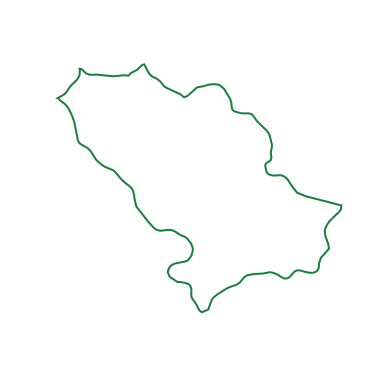 an SVG outline of Moquegua, rotated 101°
{"feature_id": "PER-574", "entity_name": "Moquegua", "entity_type": "Department", "adm_level": 1, "iso_a3": "PER", "parent_name": "Peru", "parent_adm1": "", "projection": "orthographic", "projection_center": [-70.819, -16.889], "detail": "fine", "context": "isolated", "style": "outline", "palette": "green", "viewbox_px": 384, "rotation_deg": 101, "n_neighbors": 0, "source": "natural_earth", "source_scale": "10m", "svg_char_len": 2714}
<svg xmlns="http://www.w3.org/2000/svg" viewBox="0 0 384 384"><g transform="rotate(101 192 192)"><path d="M125.4,341.6L121.0,336.5L118.6,334.7L110.9,331.3L105.1,327.2L101.8,325.4L98.4,324.7L93.2,325.4L92.5,325.8L92.4,324.1L93.4,322.2L95.7,318.9L96.4,315.1L95.9,311.8L95.0,308.5L93.5,291.9L92.8,288.8L90.6,282.2L89.9,276.6L89.2,275.9L88.2,275.6L87.0,274.8L82.6,269.2L77.0,265.3L76.6,264.8L75.9,263.1L81.7,258.6L84.4,256.1L86.2,253.2L87.6,248.1L89.2,244.8L93.5,239.4L94.1,238.2L94.7,236.7L98.3,222.0L99.1,220.5L99.9,219.1L100.5,217.9L99.4,215.9L98.1,214.4L88.4,207.0L86.2,201.5L83.2,195.5L82.2,191.9L81.6,188.4L81.7,186.7L82.1,184.7L83.7,181.8L85.1,179.8L93.1,172.5L96.7,170.5L102.0,168.9L103.4,168.0L104.4,166.6L104.9,164.5L105.3,159.7L105.2,157.8L103.9,150.3L104.3,148.3L105.4,146.5L110.4,141.4L117.7,130.1L120.4,127.4L122.2,126.3L130.2,122.6L131.8,122.2L137.2,122.2L139.1,121.9L142.5,120.8L144.1,120.6L145.7,120.9L147.0,121.8L149.1,124.2L150.3,125.0L151.6,125.3L152.5,125.0L158.0,122.7L159.4,121.4L160.2,119.6L160.4,116.4L160.1,114.2L158.7,108.8L158.6,107.4L158.8,105.9L159.3,104.1L160.5,102.0L161.6,100.4L168.6,93.5L172.7,88.5L174.5,79.0L176.7,42.9L180.2,42.4L183.6,43.9L185.0,44.8L185.3,45.2L194.4,51.5L198.4,53.2L202.6,54.3L205.5,54.2L210.3,52.5L212.3,51.1L214.8,49.8L216.5,48.5L221.6,46.7L231.7,52.8L237.7,53.7L240.2,53.2L243.4,53.2L245.6,54.2L247.3,56.1L248.3,58.3L248.8,60.8L248.8,65.9L248.4,71.3L249.1,74.5L251.1,76.6L257.3,80.2L258.7,82.4L259.3,84.5L259.1,86.3L256.9,92.1L256.0,95.7L255.8,99.0L255.9,100.3L258.4,106.5L261.0,116.4L263.2,121.8L265.3,124.2L272.1,128.1L273.6,129.6L274.8,131.0L277.0,135.0L279.8,139.2L287.8,147.7L290.5,150.0L292.8,151.5L294.4,152.1L304.4,153.7L308.1,159.3L306.9,162.1L300.6,167.1L296.5,171.5L294.8,172.5L293.0,173.1L288.3,173.9L286.6,174.5L284.6,175.6L283.4,177.2L282.8,178.6L282.5,183.1L282.5,184.4L282.7,186.8L283.1,189.0L279.6,197.6L275.5,200.4L273.2,200.4L270.8,199.9L268.6,198.8L266.9,197.2L265.5,195.2L261.6,185.6L260.3,183.5L258.7,182.3L255.0,180.6L252.0,180.2L249.0,180.1L246.6,180.7L242.7,183.1L239.1,187.2L238.0,188.9L237.2,190.8L237.0,193.0L236.4,195.3L234.5,199.9L233.6,202.5L233.3,205.8L234.1,209.8L234.2,210.3L234.3,210.5L235.6,213.8L236.1,215.9L236.0,218.1L235.7,220.3L234.1,223.0L229.5,229.4L216.7,244.0L208.9,247.4L205.3,248.5L202.5,249.9L200.3,251.5L199.1,253.0L197.4,255.9L195.8,259.4L193.0,263.8L186.3,272.2L185.6,273.8L184.1,281.5L183.4,283.7L182.3,286.1L180.4,289.6L179.1,291.5L178.2,292.7L171.8,298.7L170.1,300.8L168.9,302.7L166.1,310.7L165.0,312.2L163.8,313.4L161.2,314.7L159.2,315.4L145.1,321.2L139.0,325.0L133.2,329.5L131.7,331.1L130.7,332.3L129.8,333.7L127.3,338.8L125.4,341.5L125.4,341.6Z" fill="none" stroke="#15803d" stroke-width="2"/></g></svg>